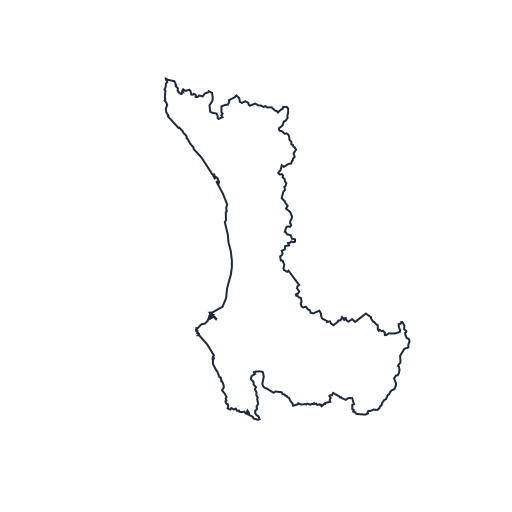 Buller District, West Coast, New Zealand (orthographic projection), rotated 323°
{"feature_id": "76426892B83106555775362", "entity_name": "Buller District", "entity_type": "district", "adm_level": 2, "iso_a3": "NZL", "parent_name": "New Zealand", "parent_adm1": "West Coast", "projection": "orthographic", "projection_center": [171.97, -41.649], "detail": "fine", "context": "isolated", "style": "outline", "palette": "slate", "viewbox_px": 512, "rotation_deg": 323, "n_neighbors": 0, "source": "geoboundaries", "source_scale": "gbopen_adm2", "svg_char_len": 6117}
<svg xmlns="http://www.w3.org/2000/svg" viewBox="0 0 512 512"><g transform="rotate(323 256 256)"><path d="M290.7,60.1L290.3,60.7L289.9,63.6L287.9,64.1L285.2,66.9L283.1,68.0L283.2,69.3L278.6,74.6L277.9,76.2L276.5,77.0L276.8,78.7L276.0,81.9L272.5,84.2L270.8,87.3L270.6,91.0L269.7,91.4L271.2,107.1L272.0,107.3L272.5,112.6L272.1,114.6L272.6,116.6L272.6,118.8L271.4,120.2L271.9,121.1L271.1,126.7L271.4,131.7L270.6,133.0L271.7,144.6L270.3,164.3L271.7,165.8L270.9,167.2L272.0,170.1L271.9,172.1L271.6,171.2L271.2,174.6L269.8,175.6L269.2,172.4L267.1,186.2L264.0,197.5L261.2,199.6L259.4,202.8L258.2,202.9L253.5,209.4L251.4,210.3L246.3,222.1L242.4,228.3L238.6,237.3L234.0,245.1L230.0,250.4L224.5,255.9L213.6,264.3L206.7,271.7L198.7,276.4L187.0,274.8L185.1,273.5L185.6,276.7L185.9,276.2L186.3,276.9L185.6,276.8L185.8,277.3L187.0,276.9L185.9,277.7L186.5,282.2L186.0,282.4L185.6,278.2L185.4,278.9L181.5,278.4L182.9,277.4L184.4,277.9L183.9,277.0L185.2,277.6L184.7,276.7L184.9,275.2L184.7,273.6L184.7,274.2L182.7,276.0L178.1,278.8L174.5,279.2L171.1,277.7L165.8,278.6L165.1,277.7L163.9,278.7L163.4,279.5L164.0,279.6L164.2,280.6L162.8,282.1L163.5,282.6L163.6,283.9L161.9,284.4L162.9,285.3L163.8,297.4L162.6,310.0L161.3,310.4L161.0,311.8L159.7,311.6L159.2,312.5L159.8,312.9L158.5,313.7L156.6,316.5L155.4,323.8L155.6,324.8L153.9,330.8L154.7,331.8L152.9,335.2L153.3,335.5L153.2,337.0L152.4,339.6L151.1,341.7L148.1,342.7L148.2,347.7L147.4,351.1L146.0,351.6L145.3,353.8L144.2,353.7L143.6,354.9L143.6,356.8L144.2,357.2L143.9,358.2L142.6,360.2L141.7,360.5L142.3,362.3L143.3,363.2L144.8,362.6L146.0,365.3L148.0,365.7L147.7,368.2L149.3,369.2L148.9,370.0L150.0,371.6L153.1,373.4L153.0,375.5L153.9,375.9L153.5,376.3L153.9,377.0L154.8,376.8L154.2,375.8L156.1,374.4L156.0,377.2L154.7,378.4L156.6,382.6L156.2,384.3L159.0,388.0L160.6,388.5L161.5,385.9L160.6,382.8L160.8,381.0L162.5,379.0L164.7,378.9L165.9,376.5L168.8,375.4L170.8,370.9L172.2,370.1L172.4,367.5L174.5,364.9L174.9,361.7L177.1,360.7L176.7,357.4L178.4,354.7L177.8,352.4L178.1,350.9L180.1,349.2L184.3,349.7L184.1,347.7L184.8,347.3L189.5,350.3L191.5,352.5L191.5,353.3L189.5,357.1L184.0,362.0L183.3,364.4L183.5,366.4L184.7,368.1L187.7,375.7L190.2,376.1L194.5,380.2L194.0,382.3L195.6,384.0L195.3,385.1L196.3,386.2L196.0,387.2L197.0,389.3L196.3,392.0L196.4,395.5L195.6,398.0L200.2,399.6L201.1,399.1L202.9,402.0L206.5,404.1L206.9,404.9L207.8,404.7L210.1,407.5L211.6,407.7L212.7,408.8L213.8,408.5L214.0,409.8L215.3,410.2L215.3,411.9L217.6,412.7L217.5,413.4L218.6,414.1L217.9,414.9L218.0,415.5L221.1,415.2L221.9,415.8L222.9,415.0L227.5,417.2L228.0,415.5L230.1,414.4L230.3,412.0L231.5,411.8L232.8,412.9L235.2,411.8L238.1,418.5L238.0,419.5L238.9,419.9L238.9,421.0L241.1,424.9L244.4,425.1L247.3,427.3L245.1,433.3L243.2,432.9L240.7,436.3L241.4,437.9L240.0,438.8L241.2,440.6L241.0,441.9L241.6,443.0L248.0,448.6L250.7,449.1L250.8,448.2L252.5,447.3L254.0,448.6L257.4,449.3L260.1,451.9L262.9,451.9L264.4,450.8L266.7,450.7L267.8,449.5L271.7,448.2L273.7,448.5L277.7,446.3L279.1,446.6L280.8,445.5L283.3,445.0L286.5,445.6L290.0,443.5L291.2,442.0L292.6,436.8L295.8,435.7L297.5,436.6L299.7,435.4L302.1,433.3L303.4,430.6L303.2,429.1L307.4,427.9L311.1,422.4L318.7,419.4L322.6,420.7L324.7,418.1L327.0,416.9L327.6,415.7L328.1,414.2L327.0,412.0L328.0,408.4L328.9,407.1L330.0,407.2L330.9,406.3L330.2,403.6L332.6,400.8L333.1,396.8L332.3,396.2L331.2,397.1L328.9,396.3L327.6,398.2L326.3,402.3L325.1,403.2L320.3,401.5L315.4,397.7L312.6,397.6L311.3,396.7L312.8,394.6L312.4,392.1L311.1,391.6L310.2,389.3L309.1,389.6L309.0,388.1L311.6,384.5L310.8,382.7L310.7,379.7L310.0,379.0L310.3,375.1L311.0,374.1L309.1,368.1L295.5,368.3L294.8,364.3L290.4,364.1L289.7,362.3L289.9,360.3L287.9,360.2L287.9,359.4L289.4,359.1L287.9,358.1L288.0,356.6L284.8,358.2L282.7,357.0L281.6,357.8L276.2,357.9L275.3,355.3L275.7,352.6L273.1,351.5L273.6,350.8L271.1,345.5L272.4,342.1L273.3,341.0L273.7,337.8L267.2,336.3L265.5,334.2L266.4,331.7L265.3,330.1L265.4,326.6L262.7,325.5L262.1,323.8L263.0,320.9L264.6,320.3L266.6,316.7L265.2,314.5L265.2,313.1L264.3,311.9L264.6,310.9L265.5,310.6L266.8,311.4L269.2,310.3L269.4,306.4L270.9,305.2L273.0,305.1L273.1,287.3L271.3,287.4L270.0,284.0L270.4,282.5L273.4,280.0L274.5,275.6L273.1,274.5L275.0,270.9L277.0,270.9L278.9,269.8L279.7,267.3L282.9,268.1L285.2,265.7L288.8,267.4L289.4,264.9L291.5,266.0L292.9,265.6L294.1,267.4L295.8,268.0L297.2,266.2L295.1,263.9L296.2,260.2L293.9,257.4L294.1,254.8L293.5,254.0L298.0,251.1L300.0,252.1L300.7,253.2L302.4,252.8L303.0,251.8L302.8,250.4L304.6,248.6L307.4,247.4L308.6,245.8L309.8,241.4L308.5,236.2L311.5,235.0L311.4,231.4L311.9,229.7L311.3,225.3L316.3,221.2L319.0,220.6L320.2,217.9L321.4,217.9L324.0,216.2L324.2,213.5L325.2,211.9L324.6,209.1L326.0,208.1L326.1,206.9L325.8,206.0L324.0,205.3L323.7,203.1L327.4,202.1L331.2,199.1L331.9,201.6L337.4,202.0L339.8,203.3L341.6,201.9L343.1,201.7L343.9,200.5L346.5,200.1L347.8,196.6L352.0,195.2L352.3,192.5L351.6,191.2L352.3,189.6L351.5,187.9L352.9,186.1L352.7,183.2L354.4,180.4L354.8,178.4L354.2,176.5L352.4,175.5L351.7,171.9L350.2,170.0L350.5,168.7L351.5,167.8L355.7,167.7L359.1,165.4L361.0,165.9L364.5,164.6L365.3,163.0L368.0,160.8L370.3,157.8L370.3,155.6L367.4,153.2L365.7,154.6L364.4,154.1L359.8,154.6L359.9,152.9L358.7,151.2L358.0,146.8L354.4,144.1L353.6,141.8L351.8,141.6L350.5,138.9L348.4,137.0L347.1,133.8L341.5,132.2L341.2,131.1L342.0,129.1L340.6,126.0L336.9,125.3L335.9,123.1L337.6,119.9L336.9,115.9L334.5,116.4L328.1,115.3L327.3,116.9L324.6,118.2L322.6,116.9L318.4,115.7L314.8,120.6L315.0,122.2L313.0,122.7L312.9,124.9L308.6,124.0L308.4,122.8L309.7,120.9L310.2,118.5L306.9,114.8L306.3,113.2L309.5,107.7L314.3,106.0L316.4,104.1L319.1,99.3L317.4,96.0L316.2,96.5L313.1,95.4L309.3,96.4L307.4,93.7L305.5,93.9L304.2,93.3L303.5,92.6L304.6,91.7L304.7,90.5L303.8,89.0L302.6,89.1L301.4,88.0L302.9,85.1L302.9,83.2L298.9,81.6L298.2,79.0L296.6,79.5L296.3,81.3L295.6,80.6L294.2,81.8L293.4,81.3L292.6,78.4L293.1,77.8L292.8,77.0L294.5,75.1L294.2,72.4L294.9,71.7L294.5,71.4L295.5,69.9L296.0,67.3L291.8,62.4L290.7,60.1ZM269.8,170.2L270.5,167.0L270.4,165.6L269.8,167.7L269.8,170.2Z" fill="none" stroke="#1e293b" stroke-width="2"/></g></svg>